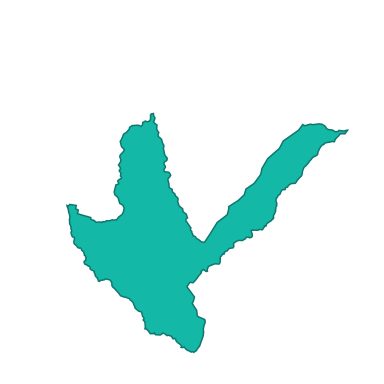 Tambores, Paysandú, Uruguay (Natural Earth projection), rotated 125°
{"feature_id": "84410073B26117167453327", "entity_name": "Tambores", "entity_type": "district", "adm_level": 2, "iso_a3": "URY", "parent_name": "Uruguay", "parent_adm1": "Paysandú", "projection": "natural_earth1", "projection_center": [-56.592, -32.019], "detail": "fine", "context": "isolated", "style": "filled", "palette": "teal", "viewbox_px": 384, "rotation_deg": 125, "n_neighbors": 0, "source": "geoboundaries", "source_scale": "gbopen_adm2", "svg_char_len": 6109}
<svg xmlns="http://www.w3.org/2000/svg" viewBox="0 0 384 384"><g transform="rotate(125 192 192)"><path d="M274.7,286.7L275.6,285.8L276.5,284.3L277.5,283.0L279.0,281.8L280.5,279.7L282.4,277.7L283.0,277.3L284.8,276.7L287.0,274.8L287.7,274.5L288.4,273.7L289.2,272.2L290.5,270.7L291.7,269.9L292.4,268.6L292.9,268.3L294.0,268.1L294.5,267.7L295.0,267.6L297.2,264.6L297.2,263.5L296.8,262.5L296.9,262.1L297.8,261.4L300.0,260.6L301.6,259.3L302.0,258.8L302.3,255.6L303.0,253.9L302.8,252.3L301.8,251.4L301.8,250.7L302.0,250.1L302.9,249.2L303.3,246.4L304.1,245.2L305.5,244.0L305.5,242.5L306.3,241.8L306.9,240.8L307.9,240.5L308.8,239.9L310.5,240.6L311.0,240.2L311.4,240.2L311.8,239.4L312.2,239.2L312.6,238.1L312.3,237.1L312.0,236.8L312.2,234.9L311.8,233.0L312.3,232.2L313.2,231.5L313.5,231.0L313.6,229.7L313.3,229.1L313.1,226.3L314.1,225.9L315.2,223.9L316.0,223.3L316.4,222.4L316.4,221.2L317.8,218.5L318.6,217.7L318.4,216.6L316.8,216.1L314.3,213.5L313.2,213.2L312.5,212.6L312.2,211.3L311.5,210.1L311.2,209.1L311.4,207.8L312.4,205.6L314.4,204.1L315.1,203.1L315.5,201.2L315.4,199.9L315.8,199.1L317.0,193.8L317.9,191.3L317.8,190.3L317.0,187.3L316.3,186.1L315.5,183.1L315.4,181.3L315.9,180.7L316.0,178.1L316.9,175.8L318.1,174.4L318.5,173.4L319.4,172.5L319.8,171.8L320.2,167.4L319.4,165.1L319.4,164.2L321.9,161.6L322.6,159.6L323.1,158.9L323.7,158.5L324.8,158.6L325.1,158.0L325.2,156.9L325.4,156.1L329.6,152.6L330.8,152.3L331.1,152.0L330.4,150.6L331.0,147.6L332.0,145.0L331.9,144.7L331.5,144.3L331.2,143.5L330.7,143.3L330.2,142.4L329.0,141.9L329.8,140.6L329.8,140.0L327.4,136.1L326.7,135.6L324.5,135.0L324.1,134.6L323.9,133.8L323.8,131.9L324.0,130.1L322.7,129.1L322.6,127.8L321.9,126.7L322.0,126.2L323.2,123.3L321.9,122.3L322.1,120.9L323.1,119.6L323.6,117.5L323.6,114.1L324.4,111.9L325.5,111.9L325.2,110.9L323.5,109.3L324.2,107.0L324.3,104.8L323.8,103.3L323.6,100.9L322.4,99.8L322.3,98.5L320.8,98.1L319.4,97.3L318.6,97.7L313.9,97.4L303.2,100.4L299.8,102.3L298.2,103.9L294.5,105.6L291.2,106.4L290.3,107.4L289.5,107.7L289.2,108.5L290.6,115.6L290.2,117.1L289.0,117.8L286.2,120.4L283.2,127.9L281.1,128.1L276.6,129.7L272.5,141.9L267.2,141.9L265.7,139.0L262.0,138.5L256.8,138.4L252.9,138.0L251.9,139.0L251.2,138.7L249.4,138.6L249.0,138.0L249.0,135.5L248.8,134.6L248.4,134.1L247.9,133.9L247.5,134.6L246.8,135.0L243.6,135.9L238.4,132.6L237.5,131.7L235.5,128.5L233.7,128.5L228.9,131.6L227.2,131.1L225.2,131.5L224.7,130.2L223.8,130.2L223.0,130.9L221.7,130.5L220.0,129.4L217.0,129.2L214.1,126.3L212.6,126.5L210.3,128.5L207.8,127.7L206.3,127.0L204.7,125.8L203.1,123.2L202.7,122.8L202.2,122.5L201.7,122.5L199.7,121.4L198.6,121.6L197.3,120.9L196.6,119.8L196.5,118.5L195.1,117.4L193.8,117.2L193.3,117.4L191.8,118.7L189.8,121.4L189.4,121.4L188.3,120.2L185.9,116.6L185.1,115.8L183.6,115.0L183.3,113.9L182.8,112.9L182.3,112.6L180.9,112.7L180.4,112.9L179.2,112.6L178.7,112.9L178.2,112.6L178.0,113.0L177.1,111.8L175.9,112.5L174.2,112.4L172.8,111.6L171.9,111.6L171.1,111.0L169.7,110.5L168.9,110.8L167.8,110.2L167.4,110.1L167.0,110.5L166.6,110.2L166.1,110.4L165.9,110.9L164.9,111.4L164.5,111.8L162.1,111.9L161.6,112.3L159.8,112.4L159.2,112.9L159.0,113.4L157.7,113.6L157.4,114.1L156.4,114.6L154.5,114.7L153.4,115.9L152.8,115.9L152.0,116.9L151.9,117.3L150.8,118.3L149.1,119.3L147.4,119.1L145.7,119.4L145.0,119.3L143.7,118.7L143.0,118.7L140.9,119.3L138.9,119.4L137.8,118.8L136.9,117.3L136.5,117.1L135.4,117.7L134.6,117.7L133.2,116.6L131.0,116.7L128.5,115.7L127.1,114.3L126.1,112.8L125.5,112.4L124.9,112.3L121.8,112.4L118.7,112.1L116.3,111.6L114.4,111.9L111.1,113.6L107.6,114.4L104.9,113.7L101.4,113.3L98.5,113.4L97.2,113.0L96.8,113.2L96.2,113.0L94.5,113.0L94.2,112.7L93.3,112.5L91.7,111.4L89.9,110.7L88.9,110.7L86.4,112.0L85.1,111.9L84.0,112.4L81.1,112.5L79.2,112.3L78.6,112.1L77.3,111.2L76.8,111.5L75.6,111.1L74.5,110.2L72.3,107.9L70.4,106.3L69.8,105.7L69.5,104.5L69.3,104.3L68.8,104.3L66.2,105.0L65.2,104.6L63.4,104.5L62.2,104.1L59.8,104.1L58.1,102.5L56.7,100.2L56.4,100.0L53.3,100.1L52.5,99.8L52.0,100.0L54.9,102.6L56.2,104.7L57.2,106.9L59.0,107.3L60.6,109.6L60.6,112.4L62.5,115.8L62.9,117.9L62.1,119.7L61.7,121.3L62.0,124.6L63.3,127.0L67.5,131.6L68.6,134.0L73.1,137.7L73.2,140.0L80.1,140.1L97.9,146.5L106.2,145.4L121.1,149.1L132.5,148.2L138.2,145.8L149.3,146.0L158.6,149.5L164.3,147.6L172.6,149.3L182.8,153.5L184.9,152.1L190.5,150.1L202.4,153.9L217.0,153.1L226.0,152.9L227.2,155.0L227.4,156.4L227.2,159.8L227.6,161.6L226.6,163.7L226.8,164.8L227.4,165.9L225.9,167.5L225.8,168.4L224.4,169.6L224.1,171.3L223.1,172.1L222.1,172.2L218.9,180.9L217.6,181.4L215.8,180.8L213.4,184.0L213.3,188.2L212.2,188.9L211.1,190.1L210.8,194.6L207.8,198.5L206.2,199.0L205.0,200.2L204.6,203.5L203.3,205.1L203.2,208.1L201.2,209.7L201.5,212.9L201.2,213.5L198.6,215.5L195.5,219.1L193.8,219.2L193.0,218.9L190.5,219.0L189.3,221.3L189.2,222.5L190.7,225.3L191.0,226.4L190.4,227.4L189.5,227.9L187.1,227.9L186.3,228.5L185.3,230.8L184.3,231.7L182.6,231.6L181.1,230.8L179.8,230.9L178.3,232.0L177.9,234.0L177.1,235.8L172.6,240.5L171.2,241.0L169.9,241.8L169.3,243.3L168.0,245.2L166.3,247.2L166.0,249.0L165.9,251.4L165.0,252.3L163.7,253.1L162.3,253.3L161.6,255.5L160.5,257.2L157.2,259.1L157.2,261.6L156.8,263.6L154.0,264.2L152.5,264.9L151.9,266.5L151.4,267.3L149.8,268.6L151.3,270.1L152.9,270.1L155.9,267.8L158.3,267.5L160.2,268.9L160.7,271.0L163.3,272.2L165.0,271.3L166.2,271.1L167.5,271.5L168.0,274.2L171.9,279.1L174.8,280.2L176.4,279.5L180.3,279.8L183.8,281.2L188.8,280.0L191.8,279.8L195.3,275.7L195.8,272.7L196.2,271.6L198.6,271.4L202.8,272.0L204.6,271.4L205.7,269.6L207.7,267.9L212.1,267.7L213.0,265.0L214.3,263.7L216.0,264.0L216.7,263.2L217.2,261.2L217.9,260.7L219.8,259.9L220.7,257.9L221.5,257.7L224.0,259.0L225.7,259.2L226.9,257.0L227.6,256.8L229.8,258.4L236.6,255.8L238.5,253.6L239.0,249.4L242.8,244.6L242.5,241.2L243.8,238.5L247.6,236.8L250.6,236.4L254.8,237.8L257.7,237.7L260.0,240.0L260.5,241.4L263.2,243.3L264.5,245.5L266.6,246.4L267.4,248.1L268.8,248.6L269.3,250.2L271.7,253.0L271.5,256.3L272.2,257.8L272.1,259.5L271.0,260.3L275.5,273.4L272.0,274.7L272.5,277.7L269.4,279.1L272.3,285.0L274.3,285.1L274.7,286.7Z" fill="#14b8a6" stroke="#0f766e" stroke-width="1.5"/></g></svg>